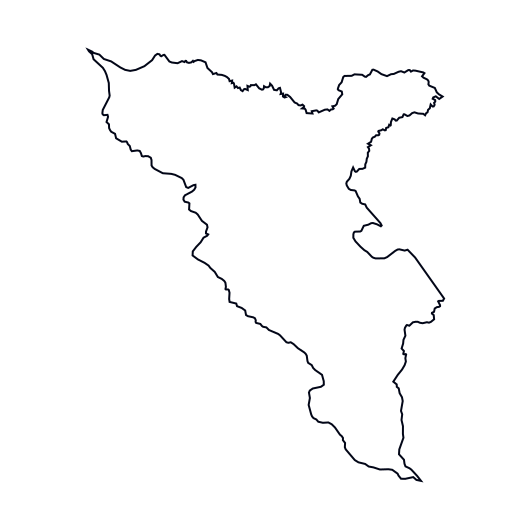 an SVG outline of Haut-Mbomou, rotated 187°
{"feature_id": "CAF-867", "entity_name": "Haut-Mbomou", "entity_type": "Prefecture", "adm_level": 1, "iso_a3": "CAF", "parent_name": "Central African Republic", "parent_adm1": "", "projection": "albers", "projection_center": [25.352, 6.594], "detail": "fine", "context": "isolated", "style": "outline", "palette": "ink", "viewbox_px": 512, "rotation_deg": 187, "n_neighbors": 0, "source": "natural_earth", "source_scale": "10m", "svg_char_len": 6044}
<svg xmlns="http://www.w3.org/2000/svg" viewBox="0 0 512 512"><g transform="rotate(187 256 256)"><path d="M64.8,52.9L69.5,53.3L73.0,55.7L80.8,53.0L84.9,52.6L87.8,55.4L88.9,57.2L94.7,60.4L98.5,60.5L107.0,59.2L113.7,60.5L118.5,60.8L122.3,62.9L129.2,63.7L133.1,65.5L143.4,75.0L144.5,77.0L144.8,81.3L147.3,83.8L147.5,86.0L149.0,87.7L150.9,88.9L156.7,95.4L160.3,98.2L163.9,99.6L169.3,98.6L174.0,99.1L176.2,101.1L179.2,102.1L180.8,103.6L181.9,105.5L185.6,114.6L185.2,121.6L186.8,126.9L186.2,129.0L183.5,131.4L175.6,134.1L173.0,136.5L173.5,140.0L176.0,146.1L183.2,149.9L185.6,151.8L187.4,154.5L191.2,156.3L192.1,158.0L193.5,163.3L194.8,165.0L196.4,166.2L203.2,169.6L207.9,173.1L211.0,174.6L213.3,173.8L215.3,174.1L222.5,180.2L224.4,181.3L234.1,184.1L237.0,186.4L240.3,186.6L241.5,187.2L243.4,189.1L247.7,189.6L248.4,190.6L248.4,192.2L249.5,194.1L251.3,194.8L256.7,195.3L258.7,196.2L260.1,200.6L263.9,202.7L268.7,203.9L269.8,206.4L276.6,207.2L277.4,210.0L277.8,216.3L278.9,219.0L279.6,219.4L281.8,219.1L282.3,219.5L282.1,221.7L282.8,224.6L283.2,225.9L284.5,227.4L287.2,229.1L291.3,230.5L295.0,235.2L299.9,238.6L301.9,240.7L306.1,242.9L313.2,245.5L319.0,248.8L319.3,252.9L316.4,257.8L312.6,262.9L310.3,267.8L306.9,270.2L306.1,271.6L308.4,272.3L308.6,274.1L307.6,278.6L308.5,281.1L314.0,284.3L318.9,290.1L321.1,291.6L326.1,292.7L328.1,294.0L328.5,300.1L329.6,300.8L333.4,301.2L334.9,303.1L335.0,305.4L333.9,307.6L327.3,312.2L325.4,314.3L324.4,316.7L324.8,319.3L326.7,318.7L331.6,315.3L333.7,315.9L337.3,322.8L339.2,324.3L346.2,326.7L350.1,327.2L358.6,326.8L367.2,330.1L369.4,331.5L370.7,333.1L371.4,338.5L372.4,340.7L375.2,341.9L378.0,341.7L380.0,341.0L381.5,341.3L382.7,344.0L384.2,346.1L386.7,346.3L392.0,344.9L393.3,346.3L394.7,349.8L396.9,351.5L397.9,353.3L398.6,353.9L403.1,353.1L409.2,355.8L410.8,360.1L414.9,361.7L416.3,363.3L417.4,365.1L418.0,368.8L420.7,370.8L419.8,376.1L420.6,378.0L424.2,377.2L425.4,377.9L425.9,379.0L425.9,382.3L421.0,395.6L420.8,397.4L422.0,402.0L423.2,409.8L426.4,417.5L428.4,421.0L430.9,424.1L441.2,431.5L443.2,436.3L446.7,438.8L447.9,440.3L443.6,438.9L441.9,437.8L436.0,436.8L431.0,433.0L423.5,431.5L413.6,426.6L408.6,424.8L403.4,424.4L397.9,426.1L389.9,430.8L383.0,437.7L380.6,442.7L378.5,444.6L376.4,444.4L375.2,443.0L374.4,442.7L372.3,444.3L371.4,444.5L365.7,438.5L363.1,437.8L357.3,437.8L353.2,440.4L350.6,439.8L349.8,441.1L349.1,441.1L348.1,439.8L346.1,439.5L343.8,440.3L342.4,442.0L341.6,441.1L340.7,442.0L337.6,443.5L334.5,443.5L329.7,442.1L327.1,436.7L322.1,433.1L320.9,431.3L317.6,432.8L316.4,431.4L312.1,431.6L309.0,431.0L306.7,430.1L304.4,428.5L303.5,426.3L301.1,427.2L301.1,424.6L299.5,425.2L298.8,424.2L297.7,420.5L296.0,422.0L294.4,420.5L292.7,421.2L291.2,418.8L289.4,418.0L288.2,420.1L287.3,420.5L284.4,419.7L285.2,423.8L283.1,423.2L282.3,423.7L281.9,425.0L278.3,425.4L277.0,426.4L273.3,422.8L270.4,421.8L269.3,422.2L268.7,423.4L268.7,425.5L266.9,424.7L264.8,424.9L263.2,426.3L263.0,428.8L260.8,427.0L258.3,423.1L255.5,423.0L254.0,425.2L252.7,425.8L251.0,421.4L251.3,419.8L248.9,420.5L248.7,417.6L247.0,416.8L245.9,417.3L247.3,418.0L246.2,419.7L244.5,419.8L241.5,418.0L236.4,413.1L233.7,412.3L232.2,410.9L230.0,410.9L228.3,411.9L226.5,410.6L226.5,409.9L228.2,408.1L225.5,408.2L224.5,407.1L223.2,404.0L217.3,404.3L218.3,406.5L213.9,407.9L212.8,407.7L211.2,406.2L205.5,409.6L202.9,410.2L200.8,409.0L199.5,410.5L197.7,411.0L196.9,411.8L198.4,413.9L195.9,414.7L194.4,416.5L193.5,421.8L190.1,427.0L190.9,429.7L194.2,430.6L195.1,431.4L195.1,432.3L194.3,435.9L192.2,438.8L191.2,444.3L190.1,445.5L183.0,446.5L180.4,448.3L172.7,448.8L169.9,447.3L168.6,447.2L166.7,449.2L165.1,450.1L163.2,455.0L162.1,455.3L157.8,454.0L153.7,451.8L147.9,450.5L144.1,452.9L141.4,453.5L137.0,456.2L134.6,457.1L131.1,456.2L127.5,459.1L126.1,459.3L124.7,457.9L122.7,459.3L120.4,459.4L112.4,458.6L111.1,458.0L113.1,454.6L111.5,453.4L107.9,452.2L106.5,451.2L105.8,449.8L105.8,447.4L104.8,446.2L99.0,444.6L96.5,440.5L94.2,438.8L90.2,437.0L93.3,434.2L97.0,436.4L99.4,435.0L99.8,433.6L97.2,432.6L97.0,432.0L96.9,431.1L97.9,429.7L97.2,428.1L97.3,427.3L97.9,426.1L99.0,425.9L101.1,427.7L101.5,423.8L103.0,422.1L103.3,419.5L104.6,418.4L105.3,416.3L107.3,417.5L112.5,417.2L116.2,417.9L118.4,416.9L120.8,414.2L122.8,413.4L125.8,414.7L126.7,414.6L127.6,411.7L130.7,410.7L132.8,407.6L133.8,407.4L135.0,408.5L137.4,409.1L138.4,405.4L138.2,402.2L138.4,401.9L139.8,402.5L140.3,399.9L142.4,399.0L142.6,396.7L143.5,396.4L145.6,397.2L146.9,396.1L149.6,395.1L149.8,394.4L148.4,392.7L148.5,391.3L149.4,390.7L151.5,390.5L152.7,388.8L154.3,388.0L155.3,386.6L155.7,383.4L158.5,381.1L155.5,379.9L158.2,377.7L156.9,376.3L156.4,374.2L157.6,372.1L157.1,368.6L157.9,366.0L157.9,362.9L158.7,360.3L158.4,357.0L160.9,355.5L164.1,355.0L166.2,352.1L167.2,351.7L168.2,352.2L170.4,355.7L171.6,351.6L171.7,347.2L172.7,344.0L174.9,340.8L175.2,339.0L174.5,337.1L172.1,334.0L170.0,333.1L166.1,333.1L165.0,332.6L162.1,327.6L160.1,325.4L159.0,321.8L157.0,320.8L153.9,320.5L152.0,317.5L136.5,303.8L135.0,301.6L135.7,300.7L139.8,302.2L144.0,303.0L145.7,302.6L148.3,300.8L152.7,299.1L154.5,293.8L155.6,293.0L160.8,292.2L161.7,291.3L162.0,289.5L161.6,285.9L159.0,282.6L153.5,278.0L149.2,275.0L146.1,273.6L141.0,269.4L139.4,268.6L137.1,268.2L128.4,269.3L125.7,270.9L118.4,278.1L116.2,279.7L114.5,280.1L109.1,279.5L106.3,280.7L97.9,273.9L64.1,236.7L65.1,234.3L69.1,233.7L69.7,233.2L67.3,229.6L67.2,228.6L68.2,227.8L70.2,227.3L72.2,225.7L72.5,222.3L74.4,221.1L74.4,220.3L72.4,219.0L71.5,214.9L74.4,211.9L76.2,210.9L78.3,211.1L82.4,209.6L85.1,209.7L87.4,210.4L89.4,210.2L92.2,209.3L95.3,205.5L97.8,205.9L98.3,205.4L99.4,202.9L99.6,201.0L98.0,195.1L99.4,190.8L99.3,187.0L100.2,181.9L97.6,179.7L97.9,176.8L97.0,176.4L95.4,176.9L95.0,176.6L95.3,172.8L94.4,169.5L95.2,165.7L97.2,161.1L100.8,155.3L104.4,148.0L100.7,145.7L100.3,143.3L98.2,142.0L96.7,137.3L93.9,133.6L92.7,129.9L93.2,119.9L91.6,116.7L91.6,111.0L89.4,105.0L88.5,97.3L87.5,93.6L90.2,81.5L89.9,76.6L84.3,71.8L83.3,67.9L82.0,65.4L77.7,64.0L75.8,62.9L69.3,57.4L64.8,52.9Z" fill="none" stroke="#020617" stroke-width="2"/></g></svg>